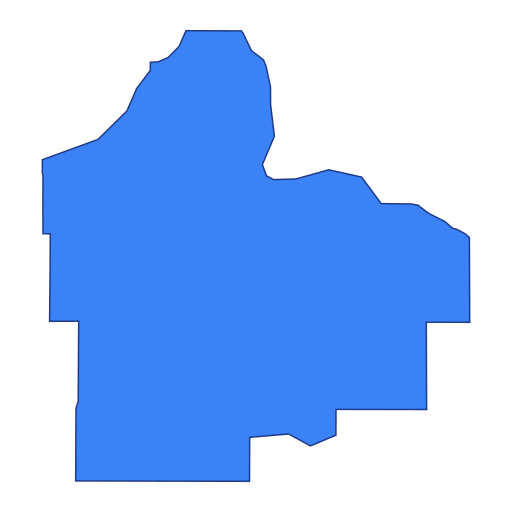 the district of Dakota, Minnesota, United States of America
{"feature_id": "52423323B20975718145591", "entity_name": "Dakota", "entity_type": "district", "adm_level": 2, "iso_a3": "USA", "parent_name": "United States of America", "parent_adm1": "Minnesota", "projection": "albers", "projection_center": [-93.038, 44.696], "detail": "fine", "context": "isolated", "style": "filled", "palette": "blue", "viewbox_px": 512, "rotation_deg": 0, "n_neighbors": 0, "source": "geoboundaries", "source_scale": "gbopen_adm2", "svg_char_len": 778}
<svg xmlns="http://www.w3.org/2000/svg" viewBox="0 0 512 512"><path d="M249.5,481.3L249.7,437.3L288.7,434.0L310.3,445.9L335.9,435.2L336.0,409.4L426.6,409.5L426.3,322.2L469.7,322.3L469.4,237.6L465.6,234.1L456.4,229.1L453.5,228.5L451.5,227.4L445.0,221.6L429.4,213.8L419.0,206.1L418.8,205.4L411.7,204.0L381.2,203.6L361.6,177.1L328.7,169.8L295.8,179.0L273.5,179.6L266.4,175.7L262.4,164.5L274.4,136.2L270.6,104.9L270.5,87.0L266.0,66.0L263.4,59.8L251.5,50.7L243.0,33.1L241.4,30.9L186.0,30.7L179.0,46.5L168.0,57.6L157.8,62.0L150.4,62.2L150.3,70.4L136.6,88.6L126.9,111.0L98.0,139.4L42.4,159.7L42.3,172.5L43.0,175.6L42.9,204.7L43.0,233.7L50.3,233.8L50.1,270.2L49.6,321.3L78.7,321.2L78.2,401.2L76.0,408.5L75.7,480.9L249.5,481.3Z" fill="#3b82f6" stroke="#1e3a8a" stroke-width="1.5"/></svg>